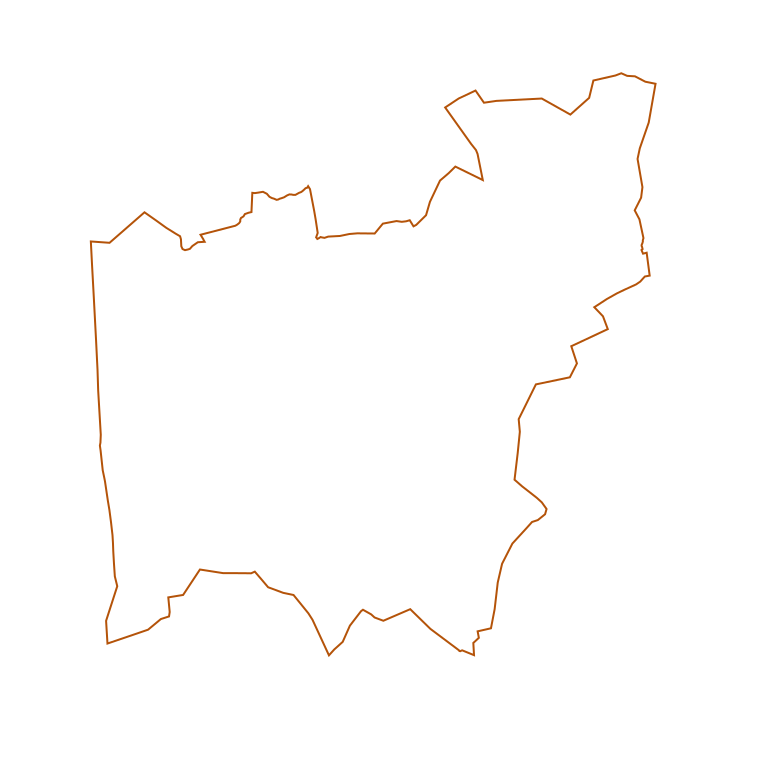 Sule Tankarkar, Jigawa, Nigeria, rotated 263°
{"feature_id": "59680162B44120553871969", "entity_name": "Sule Tankarkar", "entity_type": "district", "adm_level": 2, "iso_a3": "NGA", "parent_name": "Nigeria", "parent_adm1": "Jigawa", "projection": "albers", "projection_center": [9.243, 12.628], "detail": "fine", "context": "isolated", "style": "outline", "palette": "amber", "viewbox_px": 768, "rotation_deg": 263, "n_neighbors": 0, "source": "geoboundaries", "source_scale": "gbopen_adm2", "svg_char_len": 2823}
<svg xmlns="http://www.w3.org/2000/svg" viewBox="0 0 768 768"><g transform="rotate(263 384 384)"><path d="M581.5,307.6L580.9,304.9L580.6,303.0L580.0,301.5L579.9,299.8L580.7,298.5L581.4,297.3L582.2,295.4L583.8,293.1L587.1,290.9L589.5,287.3L589.3,282.9L589.2,279.1L589.8,276.6L570.8,273.4L570.5,270.5L569.6,266.6L567.5,265.0L566.2,262.3L564.8,261.4L562.8,261.1L561.3,259.8L560.0,257.6L559.2,255.7L554.5,220.1L551.2,221.6L550.7,221.8L549.7,222.3L548.9,222.5L547.0,223.3L547.4,216.5L544.3,210.6L541.8,207.8L541.4,205.7L541.1,202.8L542.5,200.5L545.4,199.6L552.4,200.1L555.5,199.6L558.7,195.4L565.4,187.1L574.1,177.7L583.6,167.2L557.6,128.8L561.2,110.4L537.4,108.7L506.4,106.6L462.0,103.5L442.9,102.1L433.2,101.4L412.2,99.5L368.1,96.7L360.3,95.4L357.5,94.5L352.6,94.6L332.6,94.3L324.2,95.0L321.2,95.2L301.5,95.7L292.3,96.1L280.2,96.2L267.1,96.1L259.1,95.6L251.0,94.9L238.7,94.1L225.9,93.4L215.8,94.6L182.8,79.3L160.1,77.9L165.6,104.3L168.9,119.9L177.9,133.9L179.5,142.3L183.8,143.5L198.5,143.9L199.1,158.9L222.3,178.7L215.9,201.2L213.3,221.9L212.9,224.7L212.3,229.0L213.5,232.9L205.1,238.5L196.4,244.2L189.0,258.5L185.6,268.5L165.6,281.0L158.7,284.3L121.4,296.3L126.6,302.3L133.1,311.6L148.3,320.7L161.3,333.5L162.5,335.6L156.9,343.2L153.4,346.2L149.1,354.5L157.3,382.6L135.3,400.2L110.6,425.9L109.8,426.3L109.5,427.2L110.0,428.5L110.1,429.2L103.9,440.3L116.1,441.1L120.5,447.2L127.1,446.8L128.5,460.4L147.1,466.4L173.1,472.7L191.2,479.3L210.0,492.0L224.0,508.4L229.0,514.1L230.2,520.1L235.1,528.0L240.1,530.1L247.3,526.2L252.5,521.7L265.6,508.6L273.1,501.9L299.2,508.3L320.0,513.0L332.7,513.4L345.9,522.1L365.1,534.7L368.0,569.3L380.9,578.0L398.7,574.5L411.2,612.8L424.5,609.6L434.6,602.1L441.2,615.6L445.6,626.3L448.3,634.3L452.1,646.3L454.4,650.8L457.2,654.0L458.9,656.0L459.2,660.9L482.3,660.7L481.8,657.0L485.6,655.9L486.4,657.1L488.9,656.8L489.7,656.5L490.7,656.7L492.2,657.6L493.9,658.3L495.1,658.4L497.2,659.3L516.3,657.6L525.8,654.0L533.1,658.9L537.6,661.9L547.9,664.5L576.5,663.1L586.7,666.6L611.2,678.6L648.9,690.1L652.2,680.2L658.8,670.6L660.2,662.9L663.5,657.4L662.0,651.3L659.7,628.8L643.0,622.5L628.7,601.8L648.1,575.4L651.3,530.1L651.0,517.5L664.1,510.6L658.3,493.0L651.0,478.4L611.7,499.7L605.0,503.8L600.9,504.9L574.4,506.9L591.1,481.3L585.4,473.9L579.1,464.4L559.2,451.8L546.4,446.3L538.0,435.4L536.9,432.5L543.4,429.5L542.8,425.8L542.8,421.4L544.2,416.3L543.3,402.4L534.5,393.1L536.8,375.8L537.1,367.9L536.3,358.3L537.1,346.6L536.3,342.7L536.7,341.5L537.1,340.1L537.6,339.0L537.3,338.4L536.6,337.0L536.1,335.5L537.1,335.0L537.8,334.5L542.0,336.6L555.9,336.2L564.2,335.8L586.4,334.3L589.6,332.8L588.2,331.7L587.9,330.0L586.8,328.6L585.4,326.6L584.6,325.1L584.1,323.0L583.4,321.3L582.5,319.1L582.8,316.9L583.4,315.2L583.7,313.2L583.0,310.8L581.5,307.6Z" fill="none" stroke="#b45309" stroke-width="2"/></g></svg>